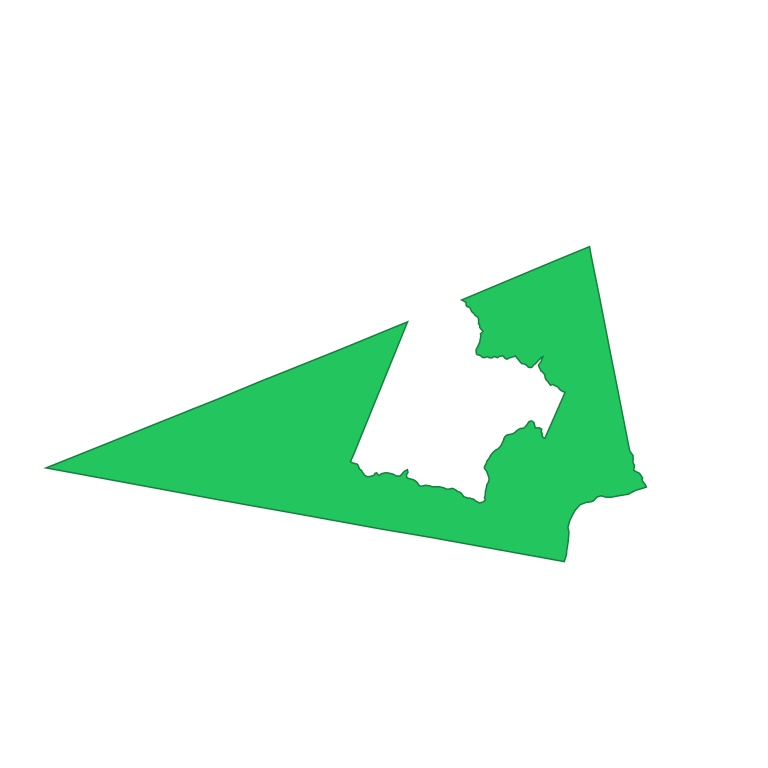 the district of Xinguara, Pará, Brazil, rotated 22°
{"feature_id": "56859067B29477018640245", "entity_name": "Xinguara", "entity_type": "district", "adm_level": 2, "iso_a3": "BRA", "parent_name": "Brazil", "parent_adm1": "Pará", "projection": "natural_earth1", "projection_center": [-49.485, -6.849], "detail": "fine", "context": "isolated", "style": "filled", "palette": "green", "viewbox_px": 768, "rotation_deg": 22, "n_neighbors": 0, "source": "geoboundaries", "source_scale": "gbopen_adm2", "svg_char_len": 3458}
<svg xmlns="http://www.w3.org/2000/svg" viewBox="0 0 768 768"><g transform="rotate(22 384 384)"><path d="M102.1,588.4L178.8,572.7L181.8,572.1L271.5,553.8L274.4,553.2L311.2,545.5L339.5,539.5L418.5,523.1L432.6,520.2L445.9,517.3L484.0,508.9L578.0,489.4L617.8,481.1L617.5,479.2L617.1,473.7L615.9,470.2L613.7,460.7L610.9,451.8L608.3,448.2L607.4,441.0L607.9,434.2L608.6,429.3L610.9,422.7L615.7,418.1L618.4,416.6L620.1,415.6L622.0,413.9L623.9,408.9L627.3,406.3L632.1,405.8L636.6,404.2L641.3,401.1L651.9,394.6L657.3,388.2L663.2,383.6L665.9,381.2L663.8,379.3L659.8,376.9L659.0,375.6L658.9,374.1L657.7,373.4L656.0,372.0L653.4,370.9L651.1,370.9L647.8,370.4L646.8,365.7L644.0,363.3L643.3,360.6L641.6,356.9L639.3,355.6L636.7,353.7L603.0,302.0L581.9,269.8L548.6,218.6L528.7,188.5L523.1,179.6L494.4,207.7L424.5,277.0L426.0,277.1L427.5,277.4L429.4,277.6L430.8,280.5L432.2,281.2L434.7,280.8L438.3,284.1L441.8,285.4L443.1,286.4L445.9,286.9L447.0,287.8L448.4,290.8L449.1,292.9L450.6,293.4L451.5,295.7L453.7,296.9L456.0,298.0L455.6,299.6L454.6,301.2L455.9,303.6L457.1,309.6L456.9,314.2L456.5,317.5L457.1,319.0L458.3,321.2L459.5,321.9L461.3,321.6L463.1,321.6L465.5,322.5L467.7,321.7L469.1,320.3L470.4,320.0L471.8,320.2L474.0,319.5L474.9,318.6L475.8,317.1L479.3,317.2L480.3,315.6L481.4,314.6L483.7,313.3L486.4,314.7L488.7,315.0L490.1,313.1L495.6,308.8L497.2,310.0L499.0,310.7L500.9,312.0L504.1,313.5L506.0,312.9L507.4,312.9L509.8,313.4L511.4,314.3L513.5,314.0L514.8,313.2L515.7,310.1L516.8,308.5L517.9,305.5L520.1,300.3L521.1,299.2L521.1,301.7L521.3,304.1L520.1,308.6L522.0,310.8L523.4,311.7L524.5,313.1L526.1,313.3L529.6,315.2L531.1,317.9L532.8,319.5L534.4,320.0L535.7,320.9L538.9,322.8L540.6,321.2L543.0,321.5L545.5,321.5L546.8,321.9L548.9,323.2L550.8,323.8L553.0,324.0L555.0,323.8L554.3,348.2L553.5,374.0L551.9,374.1L550.2,373.1L549.6,371.9L549.2,370.4L547.9,370.1L547.1,366.8L544.4,366.4L542.5,367.4L540.7,368.0L538.4,364.8L537.5,363.6L535.0,362.9L533.5,363.6L532.5,364.7L531.6,369.0L530.7,371.5L529.9,372.7L527.1,374.2L525.8,375.6L524.6,377.4L523.3,380.3L522.1,381.7L520.6,383.0L518.0,384.5L516.6,385.9L515.8,388.0L515.6,390.0L516.0,391.6L515.7,393.4L515.7,396.4L515.2,398.7L513.8,401.7L512.0,403.8L510.6,406.8L509.5,410.5L509.4,413.0L508.3,416.9L508.6,419.6L508.2,421.6L508.2,423.5L508.9,424.8L510.4,425.6L512.1,426.7L516.7,431.9L517.6,434.8L517.1,439.1L517.8,442.1L518.2,445.3L518.9,447.6L519.6,449.4L519.7,451.8L521.4,453.4L520.2,456.2L518.7,457.4L516.6,458.6L514.0,458.2L512.1,458.0L510.5,457.2L507.9,457.6L506.4,457.5L504.9,458.4L502.6,458.4L500.0,458.7L498.3,457.2L495.8,456.1L494.0,455.9L492.8,456.2L491.0,455.5L487.2,455.0L485.8,455.5L483.5,457.2L481.5,458.0L479.6,457.9L477.5,457.9L472.6,458.8L471.5,459.6L469.3,460.3L467.1,461.3L465.3,461.2L463.6,461.5L461.9,462.0L460.6,462.2L456.6,465.1L454.5,464.9L451.5,462.8L449.0,462.0L446.9,461.7L444.6,462.1L441.5,462.4L440.1,462.1L438.9,459.8L439.4,457.0L437.8,454.7L435.7,457.0L434.9,459.1L433.5,463.2L430.2,464.6L425.6,464.2L420.3,465.1L418.3,465.9L415.1,468.2L414.1,470.4L412.6,470.3L410.5,469.1L409.2,470.1L408.9,472.5L407.4,473.6L406.0,474.8L404.6,475.5L403.4,476.2L402.0,476.1L400.2,475.8L396.5,473.5L395.3,472.4L393.3,472.1L391.6,470.3L390.3,469.0L388.9,468.4L384.4,468.9L382.0,468.7L382.3,460.6L382.3,450.5L382.3,446.7L382.6,317.5L357.6,341.9L331.4,367.5L288.0,409.2L271.7,424.7L266.0,430.3L235.2,460.6L216.0,478.9L157.9,534.8L151.3,541.2L102.1,588.4Z" fill="#22c55e" stroke="#15803d" stroke-width="1.5"/></g></svg>